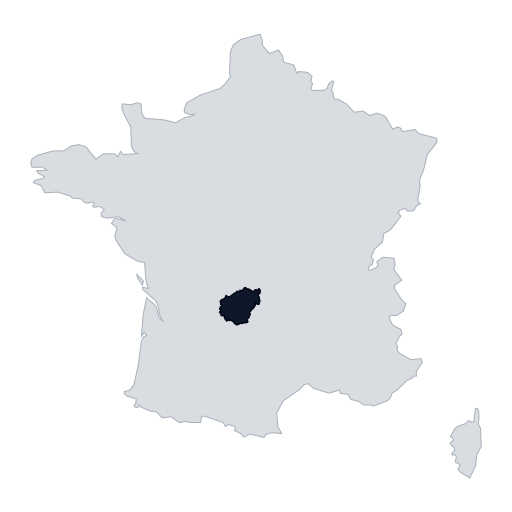 France, with Corrèze highlighted
{"feature_id": "FRA-5280", "entity_name": "Corrèze", "entity_type": "Metropolitan department", "adm_level": 1, "iso_a3": "FRA", "parent_name": "France", "parent_adm1": "", "projection": "mercator", "projection_center": [1.862, 45.347], "detail": "fine", "context": "in_parent", "style": "filled", "palette": "ink", "viewbox_px": 512, "rotation_deg": 0, "n_neighbors": 0, "source": "natural_earth", "source_scale": "10m", "svg_char_len": 6575}
<svg xmlns="http://www.w3.org/2000/svg" viewBox="0 0 512 512"><path d="M420.4,203.6L416.6,205.7L414.2,210.0L411.8,211.0L407.4,211.0L405.3,208.3L400.0,210.1L397.9,212.8L401.0,216.1L390.5,229.8L383.9,233.4L382.4,242.3L374.6,249.0L371.6,255.9L371.4,257.3L373.4,259.6L372.5,264.1L368.6,267.0L368.6,269.9L369.7,270.3L375.8,268.0L378.1,265.3L376.9,261.7L383.0,257.2L393.9,258.3L395.2,264.3L393.8,269.3L401.7,280.2L394.8,285.2L394.4,288.5L401.4,299.3L405.8,303.8L403.5,311.0L396.0,315.7L391.3,315.3L389.3,316.5L389.5,318.7L392.7,325.2L400.8,329.4L402.0,334.3L399.7,336.0L396.0,343.4L397.6,347.0L397.0,348.6L397.8,351.1L400.0,353.6L411.0,359.8L421.0,358.6L422.3,362.2L416.2,371.7L416.5,376.0L413.4,376.1L412.9,377.6L406.7,380.7L396.7,390.3L392.1,393.1L390.2,398.0L387.5,400.7L373.2,406.1L370.5,404.9L363.5,405.0L359.2,401.6L350.8,399.4L348.1,394.4L340.3,393.4L339.9,390.0L329.0,393.1L313.6,388.5L308.2,383.6L303.7,384.9L299.8,389.3L283.2,400.9L276.7,412.9L277.9,426.8L281.7,433.6L271.7,432.6L265.7,434.6L264.1,437.5L249.9,434.0L244.6,436.9L243.2,436.7L241.3,433.8L234.3,430.5L235.4,428.3L234.5,426.2L227.9,424.6L225.6,426.6L223.1,422.5L204.7,416.2L201.7,416.3L200.5,422.6L188.7,422.4L187.0,421.3L179.3,422.6L171.2,416.7L162.2,417.9L156.6,411.8L151.2,411.4L143.6,408.3L140.2,406.7L139.7,404.9L137.5,407.6L134.7,407.0L134.0,406.2L135.9,402.8L136.2,398.9L126.7,396.0L124.2,393.2L124.2,391.7L129.3,390.3L133.9,384.9L138.3,365.0L141.4,341.2L143.8,336.7L146.7,335.5L144.3,332.2L141.4,336.5L143.2,314.5L146.6,297.9L154.6,304.7L156.5,307.7L158.9,317.5L163.4,321.7L160.5,317.7L157.6,304.5L155.7,300.8L143.0,289.7L142.5,287.2L148.2,288.5L145.9,280.2L144.6,262.6L136.8,260.9L124.4,253.4L115.8,239.8L114.8,234.7L117.1,229.3L115.1,225.9L111.5,223.5L114.3,218.9L116.8,218.4L125.8,221.1L118.5,216.7L106.6,218.2L101.8,216.6L101.0,213.4L104.2,209.2L100.2,206.6L93.4,207.2L92.6,206.1L94.6,203.1L92.9,202.0L87.3,203.2L84.2,202.2L81.2,198.8L72.2,198.0L70.2,196.1L57.8,192.1L44.9,192.8L41.3,185.9L33.4,182.6L34.9,180.4L42.8,178.4L44.4,176.5L38.6,173.6L36.6,170.8L47.1,170.1L42.3,167.1L32.1,167.3L30.7,163.2L32.0,158.9L38.0,155.1L52.9,151.0L63.7,150.8L71.4,145.9L78.9,144.6L86.1,147.0L95.9,159.1L103.6,153.8L115.2,153.9L117.6,156.9L120.6,151.4L123.2,154.6L137.3,153.6L134.0,151.4L131.4,146.3L130.8,127.2L123.6,113.3L121.8,108.2L122.2,103.9L130.6,104.7L137.6,102.8L141.0,104.1L141.8,113.1L144.8,118.3L164.2,119.9L175.5,122.7L184.9,117.6L193.8,115.3L194.5,114.1L189.4,114.6L184.7,112.4L184.1,110.1L186.5,103.0L200.0,95.2L219.8,88.6L224.9,84.1L230.8,76.1L229.5,74.0L230.4,52.0L233.3,44.7L240.8,39.5L260.1,34.1L262.5,41.2L262.4,45.2L267.5,51.4L270.0,53.4L278.4,50.0L282.5,55.8L283.7,62.3L293.8,65.0L296.8,73.4L298.6,71.6L305.0,72.0L307.9,72.7L312.0,76.4L310.8,81.4L312.6,83.9L310.9,88.5L312.1,90.4L323.7,90.4L327.2,88.4L328.8,83.7L332.3,81.0L333.6,81.8L331.4,90.5L333.0,92.7L333.9,98.8L338.2,99.3L346.8,104.2L354.0,112.3L362.9,111.0L369.9,115.5L377.1,113.1L383.9,115.6L386.3,117.9L392.7,129.2L397.6,127.0L401.0,128.3L402.1,131.5L415.2,129.6L417.5,132.8L420.2,134.0L436.7,138.2L436.9,142.4L427.4,154.4L423.2,171.3L420.4,177.1L419.4,181.4L420.1,184.3L419.7,188.9L417.7,199.8L418.8,202.9L420.4,203.6ZM479.1,417.6L478.2,423.9L480.5,428.4L481.3,446.4L476.6,455.1L475.7,465.5L469.8,477.9L460.6,472.4L457.9,469.3L460.4,464.6L455.1,462.0L456.3,457.4L455.8,455.1L452.0,454.9L451.8,453.7L454.6,450.1L454.5,447.9L451.0,445.1L450.3,442.7L453.7,439.9L452.2,437.4L450.3,436.7L454.9,428.6L458.1,426.1L465.3,423.8L468.3,420.7L473.0,422.4L473.8,421.6L475.4,408.5L477.0,408.3L478.5,410.1L479.1,417.6ZM143.5,281.1L142.4,285.1L137.6,278.3L136.9,274.5L143.5,281.1Z" fill="#d9dde1" stroke="#a8b0b8" stroke-width="1"/><path d="M239.3,291.8L239.6,291.8L240.7,291.2L240.2,290.5L241.1,290.6L243.0,290.2L243.3,289.4L243.8,288.6L244.3,288.0L244.9,287.6L245.4,287.6L245.6,287.7L245.9,287.9L246.5,288.5L246.8,288.8L249.1,289.2L252.7,291.5L253.1,291.5L253.5,291.5L253.9,291.3L254.3,290.9L254.8,289.9L255.0,289.8L257.3,290.0L258.0,289.6L259.0,288.7L259.8,289.7L260.1,290.5L260.1,291.4L260.1,292.2L260.0,292.6L260.0,292.9L259.9,293.0L259.6,293.4L259.0,293.6L258.7,293.8L258.6,294.1L258.2,295.6L258.3,295.9L258.5,296.3L259.0,296.8L259.2,297.3L259.2,297.8L259.2,298.7L259.2,299.3L259.3,299.8L259.9,300.3L259.3,303.0L259.0,304.0L258.8,304.2L258.6,304.3L258.4,304.3L257.5,304.2L256.7,303.9L256.3,303.5L256.0,303.3L255.9,303.2L255.7,303.2L255.4,303.2L254.9,303.4L254.7,303.5L254.7,303.8L254.8,303.9L254.9,304.0L255.0,304.1L255.2,304.4L255.2,304.5L255.2,304.9L255.2,305.1L254.8,306.0L254.5,306.5L254.4,306.7L254.2,306.8L253.0,308.6L252.7,308.8L252.1,309.2L251.5,309.3L251.3,309.4L251.3,309.6L251.1,310.6L250.9,310.8L249.7,311.7L249.7,312.0L249.6,312.3L249.6,312.7L249.7,313.1L249.9,313.4L250.1,313.7L250.2,314.1L250.1,314.6L249.4,316.0L249.2,316.5L249.1,316.9L248.9,317.5L248.7,317.9L248.4,318.2L247.2,319.1L247.0,319.4L246.9,319.8L247.1,320.1L247.7,321.2L247.8,321.5L247.8,321.8L247.7,322.0L247.3,322.3L246.2,322.5L245.4,322.8L243.8,322.8L243.1,322.9L242.9,323.0L242.1,323.4L241.9,323.5L241.7,323.4L241.6,323.2L241.3,323.0L241.0,323.0L240.7,323.1L238.9,324.1L237.3,324.7L236.6,324.7L236.2,324.6L236.0,324.4L235.9,324.2L235.6,324.0L235.2,323.7L234.6,323.5L234.3,323.2L234.2,322.9L234.1,322.7L233.9,322.4L232.9,321.4L231.8,320.7L231.3,320.4L230.4,320.1L230.0,320.2L229.3,320.5L229.1,320.4L229.0,320.1L229.0,319.9L228.8,319.7L228.6,319.7L228.3,319.8L228.0,320.2L227.9,320.3L227.5,320.4L227.1,320.7L227.0,320.8L226.6,321.0L226.2,320.4L225.7,319.9L225.4,319.6L225.2,319.1L224.9,318.6L224.6,317.9L224.5,317.5L224.5,317.2L224.6,316.9L224.7,316.5L224.8,316.0L224.6,315.8L224.4,315.7L222.6,315.8L222.3,315.7L221.8,315.6L221.2,315.2L220.9,314.8L220.9,314.5L221.0,314.3L221.1,314.0L221.2,313.7L221.3,313.4L221.2,313.0L221.0,312.8L220.7,312.7L220.1,312.8L219.7,312.7L219.6,312.2L219.7,311.9L219.9,311.7L220.7,311.0L220.9,310.7L221.0,310.4L220.8,310.1L220.4,309.8L219.9,309.4L219.8,309.1L219.8,308.8L219.9,308.5L220.0,308.2L220.0,307.7L220.1,307.4L220.3,307.2L220.8,306.8L221.3,306.1L222.1,305.6L222.3,305.3L222.4,304.9L222.3,304.6L222.1,304.4L221.9,304.4L221.6,304.5L221.3,304.6L221.0,304.5L220.7,304.3L220.6,304.0L220.7,303.7L220.8,303.4L221.0,303.1L221.2,302.7L221.3,302.3L221.2,302.0L220.9,301.9L220.7,301.8L220.3,301.9L220.2,301.8L220.3,301.3L221.0,300.3L221.8,299.6L222.5,299.4L223.1,299.3L223.8,299.0L224.9,298.1L225.3,297.5L226.1,295.6L228.1,296.8L229.9,296.7L234.1,293.5L235.7,292.8L236.2,292.3L236.6,291.7L237.0,291.3L237.5,291.3L238.1,291.8L238.4,291.9L238.8,291.7L239.1,291.7L239.3,291.8Z" fill="#0f172a" stroke="#020617" stroke-width="1.5"/></svg>